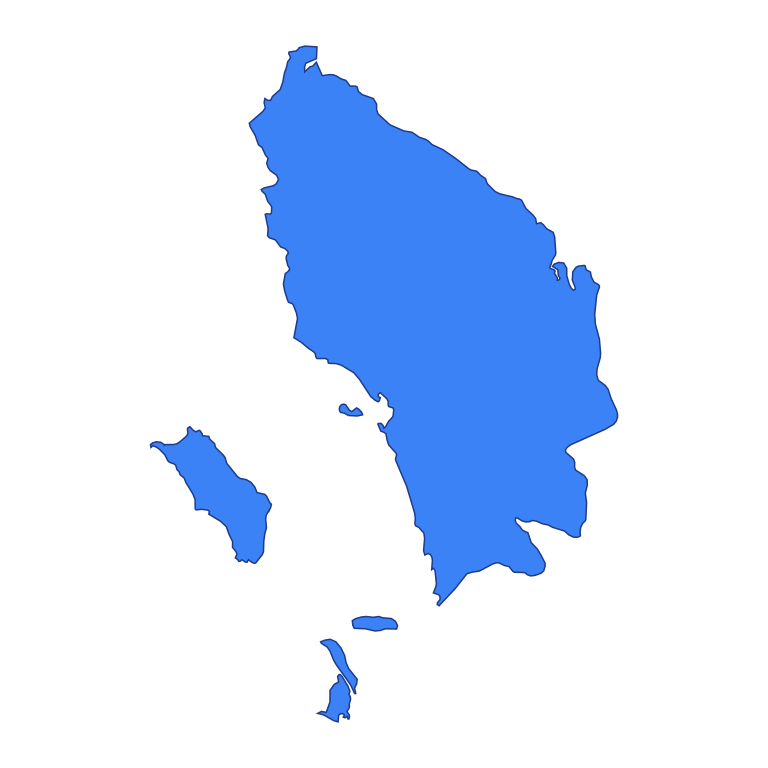 outline of Sumatera Utara
{"feature_id": "IDN-381", "entity_name": "Sumatera Utara", "entity_type": "Province", "adm_level": 1, "iso_a3": "IDN", "parent_name": "Indonesia", "parent_adm1": "", "projection": "albers", "projection_center": [98.746, 1.854], "detail": "fine", "context": "isolated", "style": "filled", "palette": "blue", "viewbox_px": 768, "rotation_deg": 0, "n_neighbors": 0, "source": "natural_earth", "source_scale": "10m", "svg_char_len": 6102}
<svg xmlns="http://www.w3.org/2000/svg" viewBox="0 0 768 768"><path d="M439.0,605.8L437.2,604.4L437.4,602.9L440.0,599.6L440.0,596.5L438.6,594.7L433.4,592.9L435.9,586.6L436.4,583.7L435.0,570.3L433.4,568.3L431.7,569.6L432.4,560.7L432.0,557.5L430.5,554.7L428.1,553.5L424.8,555.0L423.6,550.7L424.6,538.4L423.9,533.2L418.9,527.4L415.5,525.7L414.9,523.5L415.3,518.1L414.7,513.3L406.6,486.1L395.8,460.6L395.5,459.2L396.6,454.5L395.9,453.0L388.8,445.1L387.0,439.8L386.0,434.0L384.4,432.5L380.8,431.1L377.9,424.2L378.1,423.5L381.2,423.4L382.9,425.3L384.0,428.2L385.8,426.3L388.8,421.1L393.0,416.5L393.7,410.0L393.0,407.9L388.8,406.6L388.2,405.5L388.1,401.3L386.8,398.7L380.3,392.7L378.1,394.5L378.3,396.6L380.3,397.6L379.4,400.8L378.1,401.8L375.3,400.4L370.8,396.6L359.5,379.4L353.8,372.7L341.2,365.1L336.1,363.6L328.8,363.3L328.2,362.8L327.8,359.8L325.4,358.5L317.1,358.6L315.9,357.1L315.3,353.7L313.5,351.7L308.8,348.6L301.0,342.1L293.9,337.7L297.5,318.5L296.4,312.9L293.3,304.9L292.2,303.6L288.5,302.3L287.6,300.3L284.6,290.7L283.4,284.0L285.3,273.5L288.1,271.5L289.8,268.9L287.7,265.2L286.1,258.4L286.4,256.1L288.2,253.3L287.8,251.3L285.0,248.6L280.6,246.9L275.4,239.9L269.3,237.8L267.6,235.8L268.1,228.3L265.2,214.3L266.5,213.8L269.9,214.1L271.4,213.3L271.7,207.6L271.2,205.8L267.7,201.3L265.3,194.3L262.1,191.3L261.2,189.6L264.2,187.9L273.4,185.7L276.3,183.7L278.5,179.5L276.7,175.3L270.3,170.7L268.1,167.5L266.7,163.4L268.1,158.3L265.4,155.0L262.1,147.6L258.5,144.9L255.2,135.5L250.1,126.6L249.3,123.2L263.0,111.3L265.3,107.8L264.1,102.6L264.9,98.5L267.8,100.4L270.6,100.3L272.5,96.4L280.2,89.5L282.7,82.4L284.6,72.4L286.3,67.9L287.8,61.6L290.0,58.8L290.5,57.2L288.7,53.5L289.1,52.0L295.9,51.0L297.6,49.9L299.2,47.7L304.7,46.1L317.0,46.9L316.4,58.7L305.7,63.3L304.6,67.1L304.7,71.8L310.0,66.8L312.7,66.1L316.3,62.2L322.2,75.6L330.1,74.6L333.1,74.8L336.0,75.8L341.0,78.8L345.9,80.4L350.1,86.1L355.1,86.1L357.0,86.7L358.4,91.4L362.1,94.6L373.4,98.6L376.6,104.1L376.6,109.8L378.1,114.0L389.9,124.8L403.7,130.9L412.1,132.3L419.3,137.3L425.2,139.2L428.2,140.9L432.0,144.6L442.8,149.6L455.3,158.2L468.8,168.8L471.0,170.0L476.1,171.0L477.8,172.2L480.6,175.3L485.6,178.7L486.7,182.4L487.8,184.3L495.0,191.4L499.4,193.7L512.6,196.9L517.3,198.7L519.8,199.1L521.6,200.3L525.9,208.5L533.1,215.2L535.7,218.7L536.5,223.7L540.9,222.7L543.8,225.2L546.5,228.6L553.2,232.4L554.7,237.1L555.8,253.1L555.5,254.9L552.1,260.5L551.2,264.1L549.7,267.3L550.5,268.5L553.9,269.7L555.1,271.1L554.4,273.1L557.3,277.8L557.2,280.3L558.1,280.4L559.2,279.6L560.0,278.2L558.3,275.4L557.8,269.7L552.5,266.4L554.1,264.2L558.7,262.4L563.7,263.0L566.7,268.2L566.8,275.8L569.4,284.7L571.3,288.2L573.5,290.3L575.3,289.2L575.1,287.3L572.3,280.1L572.8,271.8L576.0,267.4L578.1,266.2L584.2,265.4L585.2,265.9L586.1,269.7L590.4,272.0L591.3,276.8L593.9,282.0L598.7,284.8L599.2,285.7L599.5,286.9L596.7,295.0L594.7,314.6L595.4,324.1L599.4,339.1L600.6,353.4L600.3,357.4L597.1,368.9L596.7,374.7L598.2,380.2L605.4,385.6L608.1,389.4L611.1,398.5L616.4,409.9L617.5,414.0L617.6,416.8L616.2,421.3L613.4,424.5L604.7,429.5L570.8,444.7L567.1,447.4L565.6,449.7L565.4,450.8L566.1,452.6L573.6,459.1L574.7,462.4L574.6,467.3L575.6,470.1L584.2,475.6L587.2,480.0L587.3,485.2L585.3,493.1L586.6,502.7L585.8,519.6L585.4,520.7L582.6,523.5L580.7,527.4L580.1,531.9L580.4,535.8L578.9,536.8L576.8,537.3L573.4,537.1L568.8,534.9L564.5,531.0L552.5,527.3L548.3,525.0L542.6,523.8L536.2,521.1L532.4,520.5L529.5,521.7L525.5,521.9L521.9,520.8L517.6,518.1L515.8,517.9L515.2,520.3L516.3,523.2L519.8,526.5L522.5,530.3L527.9,532.7L531.2,542.6L537.2,548.9L541.1,555.3L545.1,563.2L545.1,566.2L543.7,571.0L540.9,573.3L535.1,575.4L530.7,575.9L527.2,574.7L525.5,572.9L524.3,572.6L514.2,572.2L512.9,571.4L508.8,566.4L504.7,565.6L498.9,562.9L496.2,562.8L492.7,564.0L479.5,571.0L472.6,572.1L467.0,573.7L455.2,588.6L439.0,605.8ZM269.9,502.9L271.4,504.2L270.7,507.4L268.4,512.3L268.4,511.4L266.1,515.3L265.7,519.6L266.5,527.9L264.9,533.2L263.8,541.3L263.5,551.7L262.3,554.6L255.8,562.9L254.7,563.4L252.1,562.5L248.5,559.7L247.1,562.2L245.5,562.1L241.9,559.7L240.3,561.2L238.8,561.4L237.7,559.6L235.3,557.8L237.0,554.3L236.0,551.7L232.5,547.3L232.6,541.7L229.0,534.2L226.3,526.7L220.9,521.5L208.7,514.1L209.5,511.5L207.8,510.1L201.6,509.3L196.1,509.9L195.2,508.9L195.1,499.6L192.9,494.0L186.0,482.7L184.1,478.0L180.0,474.6L179.0,471.5L177.0,469.7L175.7,465.2L173.8,463.8L169.5,462.3L168.0,461.0L164.8,454.7L159.3,449.2L156.4,447.1L152.9,445.7L151.0,447.5L150.4,444.7L152.7,442.8L156.3,441.8L160.8,442.3L163.8,444.3L164.3,445.3L165.0,444.6L174.2,444.5L177.2,443.6L179.9,441.8L186.0,436.6L187.3,434.9L187.9,433.0L187.4,429.1L188.0,427.8L189.9,426.7L193.3,430.4L195.7,431.8L199.2,430.3L200.2,430.9L202.1,433.7L202.6,435.8L208.8,436.3L209.7,439.1L214.6,443.7L215.3,446.9L216.2,448.2L223.4,455.2L225.1,457.6L226.8,463.4L237.4,476.5L240.0,478.4L246.2,479.6L251.1,482.4L254.8,487.1L257.1,492.6L264.6,494.3L266.6,496.2L269.9,502.9ZM349.1,704.5L349.5,706.3L349.1,708.0L347.0,711.5L349.2,714.8L349.5,717.0L348.9,719.0L348.0,719.0L347.0,716.3L345.2,717.8L343.2,717.1L344.4,715.3L343.6,714.0L341.7,713.6L339.4,714.4L338.6,715.9L338.1,721.9L333.7,720.6L323.5,714.8L317.7,713.4L321.5,711.4L326.2,712.4L330.0,701.9L330.0,690.6L333.6,685.2L334.8,684.0L338.6,682.1L337.6,676.4L339.1,674.5L340.7,674.9L342.1,676.5L348.0,686.3L349.9,691.3L348.9,694.4L350.3,696.6L350.6,699.3L349.1,704.5ZM346.1,662.7L348.5,668.4L357.2,679.3L356.5,684.8L356.5,684.0L354.6,688.2L355.7,693.5L354.6,693.5L350.6,684.9L335.8,664.0L333.7,660.2L330.0,651.1L327.2,647.0L321.4,643.4L320.6,641.8L324.7,640.2L330.1,639.3L335.9,641.8L341.0,648.0L344.7,655.7L346.1,662.7ZM355.5,618.7L361.4,617.0L366.3,616.5L372.9,617.3L379.0,616.5L382.6,617.8L391.2,618.5L395.4,621.2L397.6,625.6L396.6,629.0L385.3,628.8L380.2,630.5L375.1,631.0L365.5,628.8L354.3,628.3L352.8,625.3L352.3,620.7L355.5,618.7ZM356.6,407.9L358.7,409.1L361.5,412.1L362.6,414.8L357.2,416.0L348.6,415.5L344.1,413.1L340.6,412.4L339.5,410.7L339.3,408.7L339.9,406.5L341.4,404.8L343.8,404.1L345.8,404.9L349.5,410.3L351.8,411.6L356.6,407.9Z" fill="#3b82f6" stroke="#1e3a8a" stroke-width="1.5"/></svg>